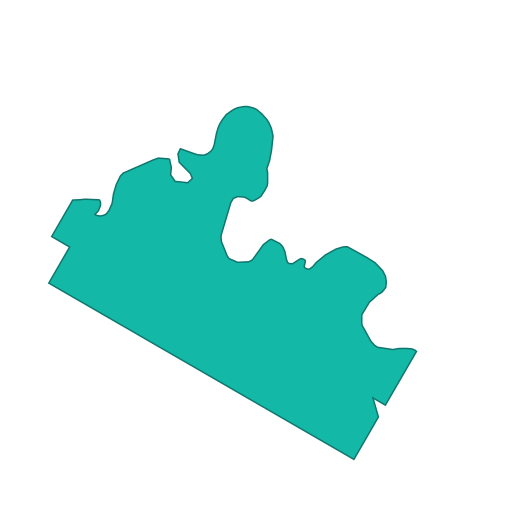 outline of Love, Oklahoma, United States of America, rotated 210°
{"feature_id": "52423323B82795635342125", "entity_name": "Love", "entity_type": "district", "adm_level": 2, "iso_a3": "USA", "parent_name": "United States of America", "parent_adm1": "Oklahoma", "projection": "mercator", "projection_center": [-97.211, 33.894], "detail": "fine", "context": "isolated", "style": "filled", "palette": "teal", "viewbox_px": 512, "rotation_deg": 210, "n_neighbors": 0, "source": "geoboundaries", "source_scale": "gbopen_adm2", "svg_char_len": 1959}
<svg xmlns="http://www.w3.org/2000/svg" viewBox="0 0 512 512"><g transform="rotate(210 256 256)"><path d="M421.9,128.9L69.5,128.8L69.5,177.8L83.8,191.6L69.4,191.5L69.3,253.6L71.0,253.9L73.0,253.8L75.0,253.3L80.0,250.9L86.3,247.1L90.7,243.4L94.3,242.0L105.2,237.7L108.8,238.0L113.8,239.6L115.3,240.5L129.4,249.0L130.8,250.7L135.0,258.0L134.7,272.7L131.0,284.1L129.9,285.4L128.7,288.1L127.9,293.6L130.2,298.8L133.7,303.1L139.0,306.6L149.6,309.7L159.2,310.1L181.5,309.7L184.0,308.2L185.9,306.6L190.1,302.1L196.2,292.1L200.6,280.4L201.5,275.1L203.2,271.3L205.4,270.2L207.6,270.2L208.6,270.6L209.2,271.5L210.6,276.2L211.7,277.0L214.1,276.9L215.5,276.4L216.4,275.5L220.5,267.5L223.5,266.1L225.4,266.1L228.4,268.8L233.3,274.4L237.4,277.3L239.7,278.2L242.0,278.7L250.8,278.2L251.4,277.9L252.3,276.7L255.3,269.7L257.1,251.6L257.8,249.6L259.5,247.3L268.8,241.3L278.1,240.3L280.9,241.6L293.3,251.3L296.0,255.3L296.8,257.4L304.5,289.7L304.4,294.6L301.5,298.3L295.7,301.1L292.8,301.4L288.4,301.2L287.1,301.5L286.1,302.2L284.8,304.0L282.5,308.0L281.6,310.1L281.2,316.6L281.4,322.5L282.7,325.5L287.7,334.1L290.3,337.1L291.9,345.3L295.4,355.3L301.2,368.4L306.6,374.3L311.4,377.8L314.8,379.6L321.8,381.9L328.7,383.2L331.6,383.0L336.3,381.8L338.9,380.8L341.5,379.1L345.9,375.4L347.7,373.1L349.5,370.1L352.4,363.8L353.3,357.2L353.4,352.3L353.0,348.4L351.5,342.2L347.8,331.5L347.1,327.8L347.3,324.7L348.9,320.7L351.4,317.3L357.0,314.5L363.3,313.2L375.1,311.1L374.7,305.5L369.4,298.8L354.1,294.6L349.9,291.4L351.8,285.3L363.3,280.2L370.5,283.6L373.5,290.2L379.2,296.5L380.7,296.2L389.6,291.9L393.2,287.6L412.4,261.5L413.4,257.5L412.8,248.3L410.5,238.6L407.4,231.0L406.8,228.8L406.1,221.9L406.6,217.9L407.2,216.5L409.3,214.0L411.1,212.6L415.0,211.3L416.1,211.5L416.1,212.2L415.4,214.6L415.1,216.5L415.9,222.0L417.6,224.9L419.4,226.2L420.2,226.1L432.3,219.8L436.9,216.5L442.7,212.8L442.7,170.7L421.9,170.6L421.9,128.9Z" fill="#14b8a6" stroke="#0f766e" stroke-width="1.5"/></g></svg>